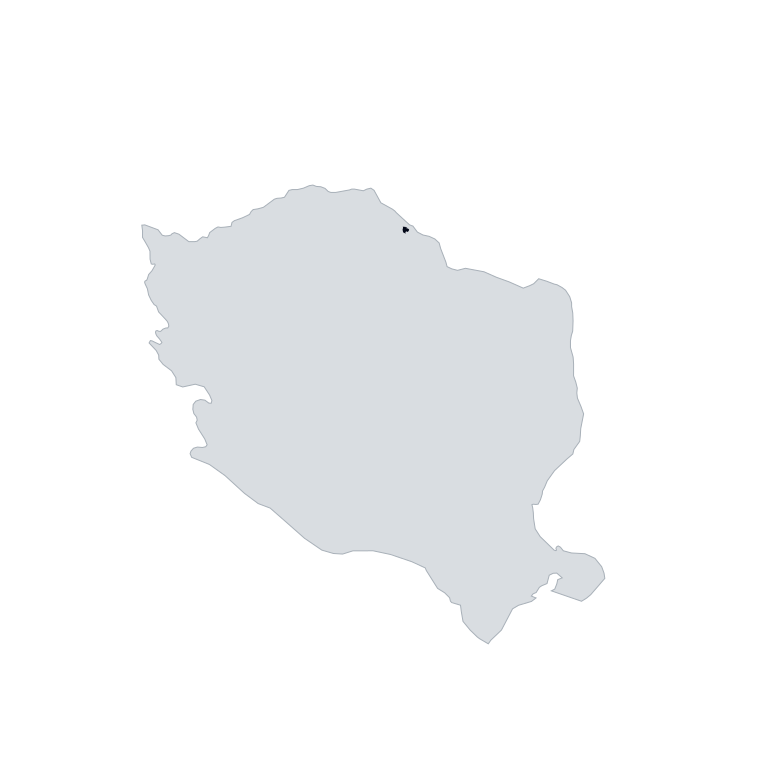 location of Oncesti, Maramures, Romania, rotated 31°
{"feature_id": "2599482B10269733092117", "entity_name": "Oncesti", "entity_type": "district", "adm_level": 2, "iso_a3": "ROU", "parent_name": "Romania", "parent_adm1": "Maramures", "projection": "robinson", "projection_center": [23.991, 47.848], "detail": "fine", "context": "in_parent", "style": "filled", "palette": "ink", "viewbox_px": 768, "rotation_deg": 31, "n_neighbors": 0, "source": "geoboundaries", "source_scale": "gbopen_adm2", "svg_char_len": 4777}
<svg xmlns="http://www.w3.org/2000/svg" viewBox="0 0 768 768"><g transform="rotate(31 384 384)"><path d="M581.6,422.4L588.2,430.3L596.5,434.4L615.5,438.8L617.2,438.3L617.4,437.5L616.0,436.3L615.8,434.9L616.7,433.1L619.3,433.0L623.6,434.6L631.7,432.3L643.6,426.0L654.6,424.8L664.7,428.5L670.0,432.8L673.4,436.9L672.5,441.9L672.0,445.0L669.7,458.1L668.0,463.0L665.2,468.5L634.0,475.1L636.0,471.9L635.1,466.4L633.7,462.2L636.6,458.4L629.5,457.1L626.5,459.1L624.1,462.8L626.5,471.1L623.1,475.7L621.9,478.3L621.8,484.4L619.9,487.0L619.5,489.9L624.5,489.1L622.4,494.4L613.2,504.5L610.0,510.5L611.4,534.4L607.5,548.7L607.2,553.0L597.2,553.1L594.2,552.8L584.7,550.6L574.0,546.8L567.6,539.4L563.5,534.2L554.6,536.5L552.8,535.9L550.3,533.4L543.5,531.7L535.2,531.6L516.2,522.0L514.1,520.4L499.4,522.0L477.3,526.8L460.5,532.6L443.2,543.1L436.1,551.1L428.0,555.3L416.3,558.4L395.4,557.2L373.7,553.2L350.3,549.0L337.7,551.3L320.7,549.6L294.9,544.4L275.8,542.9L256.9,545.9L253.7,543.6L253.1,540.9L253.8,537.2L256.5,534.2L261.1,531.9L263.5,529.6L263.7,527.2L258.6,523.4L248.2,518.2L243.9,515.0L242.8,514.2L242.5,511.2L240.4,508.9L236.3,507.3L233.2,504.2L231.0,499.8L231.5,495.7L234.7,491.8L238.8,490.1L243.7,490.6L245.8,489.5L245.0,486.8L240.2,483.3L231.3,479.0L222.3,481.4L213.0,490.2L206.3,491.6L202.3,485.7L195.1,482.1L184.7,481.0L178.3,478.7L176.0,475.3L171.5,472.6L161.5,469.8L161.4,467.1L163.0,466.5L166.6,466.2L171.3,465.7L172.1,464.1L172.2,462.7L168.4,461.0L164.6,459.8L162.7,458.6L161.4,457.2L161.2,455.8L162.3,454.9L163.8,454.8L165.4,454.0L166.3,450.8L168.3,448.2L169.8,447.3L169.8,445.3L168.3,443.5L166.2,442.0L163.2,441.0L153.7,438.3L148.9,434.4L146.0,434.3L141.4,432.2L136.4,428.9L132.1,424.2L127.5,421.1L126.3,419.9L126.2,418.7L127.1,417.4L127.0,415.9L125.9,411.3L126.8,406.4L126.7,401.8L126.6,399.8L125.7,399.2L124.9,399.8L123.7,400.7L122.6,400.9L119.2,397.5L115.0,390.7L112.0,388.5L106.3,385.3L101.5,382.7L98.1,377.0L94.6,372.6L97.0,370.8L110.9,368.2L117.3,370.7L120.2,369.8L123.0,367.8L124.6,366.1L124.9,364.4L126.4,362.2L131.1,361.2L143.4,362.5L148.4,359.5L150.3,357.8L151.5,354.2L152.8,351.2L157.3,349.6L157.2,347.0L156.6,344.0L159.2,337.5L160.8,334.9L163.4,333.9L166.4,331.8L171.7,327.6L170.5,323.8L171.6,321.1L177.1,314.4L181.4,307.9L181.3,304.7L182.0,301.9L185.7,298.8L189.6,294.7L194.8,282.1L196.6,280.0L200.0,277.6L202.5,275.2L202.8,267.0L205.2,264.6L209.7,261.9L214.1,257.6L217.8,252.5L220.6,250.1L224.2,249.5L228.2,247.5L232.7,246.7L237.0,247.7L239.7,247.2L243.9,244.7L254.5,235.4L256.0,233.5L258.2,232.2L266.8,229.0L268.9,225.8L271.9,222.9L275.7,223.1L288.0,230.3L301.3,229.8L303.8,230.1L304.5,230.2L306.2,230.8L323.8,234.4L326.5,234.0L327.3,233.7L334.4,236.6L340.7,236.2L346.6,234.2L352.9,233.5L358.6,234.7L362.9,238.8L374.2,247.6L377.6,250.9L382.8,250.4L388.5,248.7L394.2,242.9L411.9,236.3L425.5,234.6L438.7,232.0L454.0,230.1L458.3,224.6L460.7,220.9L462.4,214.1L470.6,212.1L478.4,210.7L481.2,209.8L486.9,209.6L491.3,210.1L498.2,213.5L503.0,217.8L505.0,221.1L509.2,225.9L513.6,232.6L518.5,241.5L519.6,246.0L521.5,250.8L525.1,256.8L532.0,263.3L533.0,264.6L536.2,269.2L542.3,279.4L547.3,283.5L551.8,288.0L553.9,292.4L557.1,296.5L564.5,301.9L570.5,306.8L575.6,320.9L579.0,327.4L581.3,332.4L580.5,342.4L581.9,346.7L579.3,354.5L574.8,370.4L573.8,382.9L574.8,389.7L575.0,394.1L576.3,396.8L577.7,402.6L578.0,407.6L576.3,409.0L573.8,410.2L572.9,411.2L575.2,413.5L578.4,417.6L581.6,422.4Z" fill="#d9dde1" stroke="#a8b0b8" stroke-width="1"/><path d="M323.4,243.3L323.3,243.2L323.4,242.9L323.5,242.8L323.5,242.7L323.4,242.6L323.4,242.4L323.5,242.4L323.5,242.2L323.5,241.9L323.6,241.7L323.6,241.4L323.8,241.3L323.8,241.2L324.0,241.1L324.2,240.9L324.3,240.8L324.4,240.7L324.5,240.7L324.9,240.9L325.0,240.9L325.3,240.9L325.4,240.7L325.5,240.3L325.4,240.3L325.4,240.2L325.2,240.1L325.3,240.1L325.3,239.9L325.3,239.7L325.3,239.4L325.2,239.4L325.0,239.2L324.9,239.1L324.8,238.9L324.7,238.7L324.7,238.8L324.5,239.0L324.4,239.2L324.4,239.3L324.3,239.5L324.2,239.5L324.0,239.8L324.0,239.7L323.9,239.7L323.8,239.8L323.7,239.8L323.7,240.0L323.7,240.3L323.8,240.3L323.7,240.3L323.5,240.2L323.4,240.0L323.4,239.9L323.3,239.7L323.2,239.7L323.0,239.8L323.0,239.7L322.9,239.7L322.7,239.6L322.4,239.5L322.4,239.4L322.3,239.5L322.3,239.4L322.2,239.4L321.9,239.2L321.7,239.1L321.4,239.1L321.3,239.3L321.2,239.3L321.1,239.5L320.9,239.5L320.7,239.6L320.4,239.7L320.5,239.8L320.5,240.0L320.7,240.4L320.7,240.5L320.8,240.6L320.9,240.8L320.9,241.0L321.0,241.1L321.0,241.3L321.1,241.5L321.3,241.7L321.2,241.7L321.2,241.8L321.3,241.8L321.3,241.7L321.3,241.8L321.5,241.9L321.6,242.0L321.7,242.3L321.8,242.3L322.0,242.4L322.0,242.5L322.1,242.8L322.3,242.9L322.3,243.0L322.5,243.1L322.6,243.3L322.8,243.3L323.0,243.4L323.3,243.3L323.4,243.3Z" fill="#0f172a" stroke="#020617" stroke-width="1.5"/></g></svg>